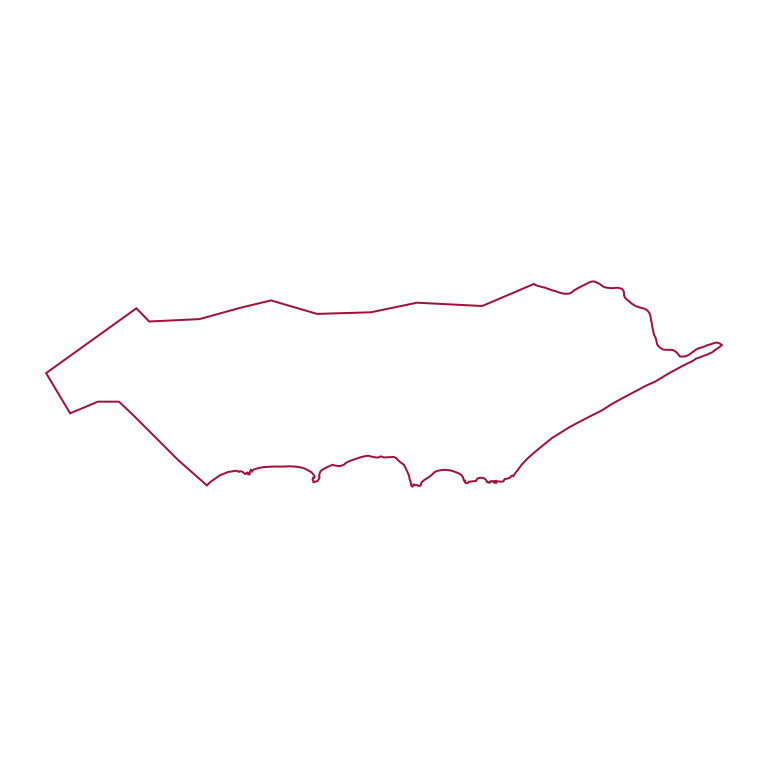 Municipality E, Montevideo, Uruguay
{"feature_id": "84410073B72296027070885", "entity_name": "Municipality E", "entity_type": "district", "adm_level": 2, "iso_a3": "URY", "parent_name": "Uruguay", "parent_adm1": "Montevideo", "projection": "robinson", "projection_center": [-56.066, -34.884], "detail": "fine", "context": "isolated", "style": "outline", "palette": "rose", "viewbox_px": 768, "rotation_deg": 0, "n_neighbors": 0, "source": "geoboundaries", "source_scale": "gbopen_adm2", "svg_char_len": 5499}
<svg xmlns="http://www.w3.org/2000/svg" viewBox="0 0 768 768"><path d="M534.1,283.9L482.2,306.0L416.9,302.7L394.0,307.5L388.9,308.5L370.9,312.3L317.0,313.9L271.0,300.4L240.3,307.8L199.5,319.1L149.2,321.5L136.4,308.3L46.1,373.1L52.8,384.3L70.1,413.3L97.8,401.7L119.0,401.7L133.6,415.5L178.3,460.2L206.9,485.4L207.6,484.7L210.7,481.7L215.0,478.7L220.1,475.2L224.4,473.5L228.1,472.0L232.5,471.3L236.7,470.7L237.4,471.2L238.8,471.9L239.4,471.4L240.0,471.2L241.6,471.5L242.7,472.0L244.1,473.1L245.1,474.0L245.6,474.0L246.3,473.1L247.4,472.6L248.2,473.2L248.7,473.7L248.4,474.3L249.4,474.4L249.8,473.9L249.3,473.1L249.8,472.3L250.8,469.9L251.6,470.3L252.2,470.5L252.3,471.2L253.4,469.7L256.3,468.7L259.5,467.8L264.0,467.1L264.3,467.1L268.7,466.8L274.4,466.5L280.1,466.6L285.0,466.5L289.4,466.3L295.1,466.6L298.8,467.0L302.3,467.8L305.9,469.1L308.6,470.6L310.0,471.4L311.6,472.4L313.4,474.5L314.7,476.9L313.9,478.0L313.0,477.9L312.6,479.7L312.8,480.3L313.1,480.8L313.8,481.4L313.6,482.1L314.5,482.0L315.7,481.5L316.7,481.4L317.6,480.8L318.0,480.4L318.8,479.2L319.0,478.4L319.6,477.4L319.1,476.0L319.4,474.5L319.8,472.7L320.6,471.2L322.2,469.9L324.1,468.8L325.8,467.8L329.9,465.9L331.4,465.3L332.8,464.8L334.3,465.4L336.7,465.8L340.2,466.1L343.5,464.8L344.5,464.4L345.5,463.1L349.3,461.1L355.7,458.9L361.1,457.1L365.9,456.0L366.1,455.9L369.0,455.9L371.7,456.7L375.3,457.3L377.8,457.6L379.2,457.1L380.2,456.5L381.8,456.5L383.7,457.4L387.3,457.3L392.1,457.0L393.6,456.9L395.9,457.9L397.1,459.2L398.4,460.5L398.7,460.8L400.2,462.1L403.9,464.7L405.3,467.4L406.5,469.9L407.7,472.7L409.0,475.4L409.6,479.2L410.8,482.4L411.2,485.2L411.6,486.0L412.3,486.6L412.6,486.4L413.2,485.7L413.7,485.2L413.6,484.5L414.1,484.4L414.6,484.7L415.5,485.3L416.2,485.1L417.1,485.0L418.1,485.7L419.2,485.9L420.2,485.7L420.8,485.3L421.1,484.3L421.0,483.5L422.3,481.7L423.4,480.8L424.2,480.1L427.8,477.8L431.4,475.2L432.6,474.0L434.5,472.2L436.9,471.0L440.2,470.3L445.0,469.8L450.5,470.4L454.8,471.8L458.2,473.1L461.3,474.9L463.0,477.3L463.6,479.5L463.8,480.2L464.8,480.5L465.1,480.7L464.7,481.1L464.6,481.7L464.7,482.1L465.2,482.6L465.6,482.8L466.1,483.1L466.6,483.2L466.9,483.1L467.4,483.0L468.0,482.8L468.3,482.4L468.3,482.1L468.6,481.8L476.2,480.9L476.7,479.4L478.1,478.2L479.8,477.8L480.1,477.8L481.9,477.8L483.9,478.3L485.5,479.4L486.8,481.0L486.8,481.9L487.4,482.2L488.2,482.1L488.9,482.7L490.2,482.4L490.2,481.6L491.0,481.1L493.5,481.3L493.3,482.0L494.0,482.5L494.8,482.7L494.9,482.1L494.0,481.3L494.2,481.1L495.4,480.9L495.8,480.9L495.8,482.8L496.3,482.8L496.5,481.5L497.0,481.2L498.3,481.4L501.2,481.7L503.3,481.4L504.5,479.4L504.9,479.0L505.7,478.9L506.6,478.8L509.3,478.0L510.6,477.0L511.2,476.1L512.6,475.6L513.3,476.1L514.0,474.9L515.6,472.8L517.8,470.0L519.6,467.5L520.9,465.7L522.7,463.5L524.9,461.3L527.0,459.0L530.1,456.2L533.8,452.9L538.7,448.8L543.6,444.8L551.9,438.1L562.5,431.5L569.5,427.1L571.4,426.1L577.6,422.8L585.0,418.9L592.9,414.9L601.5,410.6L611.7,404.1L618.0,400.6L627.3,395.6L634.3,391.9L639.8,389.0L644.9,386.2L649.5,384.1L654.8,381.8L662.0,377.5L669.4,373.0L675.6,369.7L681.8,366.3L684.2,365.1L686.9,363.7L689.9,362.3L692.6,361.0L694.3,359.9L696.0,358.6L697.8,358.0L700.7,357.0L703.4,355.9L706.0,355.1L708.0,354.2L710.0,353.2L712.0,352.4L713.1,351.6L713.9,350.9L718.8,347.5L721.2,345.7L721.9,345.1L721.4,344.7L719.9,343.6L718.1,342.8L715.8,342.6L714.0,343.1L711.0,344.2L707.7,345.0L705.2,346.2L701.4,347.5L699.2,348.1L697.5,348.8L695.5,350.0L693.6,351.4L691.6,352.8L689.9,354.1L688.7,354.9L687.2,355.6L686.0,356.1L684.5,356.4L683.0,356.5L681.5,356.6L680.0,356.5L679.2,355.5L678.2,354.3L677.3,353.2L676.4,352.3L675.3,351.4L674.3,350.7L673.0,350.2L672.0,349.9L671.0,349.8L669.9,349.8L668.8,349.9L667.3,349.9L666.0,349.8L663.9,349.6L662.7,349.3L661.5,348.7L660.4,347.9L659.3,347.0L657.9,345.5L657.1,344.2L656.6,342.0L656.1,339.4L655.6,337.8L654.9,336.3L654.1,334.8L653.5,332.6L652.8,329.2L652.3,326.9L652.0,324.6L651.6,322.7L651.1,320.3L650.5,316.5L650.2,315.0L649.7,313.7L648.9,312.4L648.0,311.1L647.1,310.2L646.1,309.5L644.9,308.9L643.7,308.5L642.5,308.2L639.9,307.5L637.7,306.8L636.2,306.3L634.7,305.5L633.6,304.8L632.2,303.9L631.2,303.2L628.5,300.8L627.4,300.1L626.7,299.4L626.0,298.8L625.4,298.0L624.9,297.2L624.4,296.5L624.1,295.6L624.2,294.7L624.1,294.0L623.9,292.8L623.9,291.9L623.5,290.9L622.7,289.8L621.7,288.9L620.6,288.5L619.8,288.2L619.0,288.0L617.8,287.8L616.9,287.8L616.1,287.8L615.3,287.8L614.1,288.2L613.4,288.1L612.6,288.2L611.6,288.1L610.6,288.1L609.3,288.0L608.0,287.8L606.8,287.7L605.8,287.4L604.8,287.3L604.0,287.0L603.3,286.6L602.3,286.0L601.5,285.4L600.6,284.6L600.3,284.4L599.7,284.1L598.9,283.6L597.7,283.0L596.6,282.4L595.5,281.9L594.5,281.7L593.5,281.4L592.4,281.5L591.2,281.7L590.2,282.0L589.3,282.4L588.4,282.8L587.4,283.3L586.3,283.9L585.2,284.5L584.1,285.0L583.0,285.5L581.5,286.3L580.0,287.1L579.0,287.7L578.1,288.1L577.4,288.4L576.9,288.8L575.9,289.5L575.4,289.6L574.4,290.0L573.7,290.8L572.8,291.4L572.1,292.1L571.4,292.5L570.8,292.9L569.9,293.3L569.0,293.6L568.2,293.7L567.4,293.7L566.4,293.7L565.2,293.8L564.1,293.7L563.1,293.5L562.0,293.2L561.0,293.1L559.8,292.7L558.6,292.3L557.4,291.8L556.2,291.5L555.2,291.0L554.2,290.9L553.1,290.6L552.1,290.3L551.2,290.0L550.2,289.6L549.2,289.2L548.0,288.9L547.1,288.5L546.2,288.1L545.6,287.8L545.0,287.6L544.0,287.5L543.3,287.3L542.5,287.1L541.6,286.9L540.9,286.7L539.9,286.4L539.0,286.2L537.9,285.9L537.2,285.7L536.5,285.4L535.8,285.2L535.0,284.8L534.7,284.4L534.1,283.9Z" fill="none" stroke="#9f1239" stroke-width="2"/></svg>